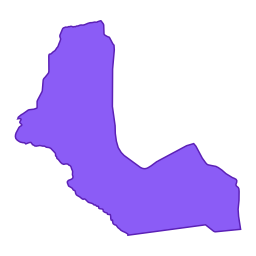 the border of Western Bahr el Ghazal
{"feature_id": "SDS-873", "entity_name": "Western Bahr el Ghazal", "entity_type": "State", "adm_level": 1, "iso_a3": "SSD", "parent_name": "South Sudan", "parent_adm1": "", "projection": "robinson", "projection_center": [25.577, 8.526], "detail": "fine", "context": "isolated", "style": "filled", "palette": "violet", "viewbox_px": 256, "rotation_deg": 0, "n_neighbors": 0, "source": "natural_earth", "source_scale": "10m", "svg_char_len": 3791}
<svg xmlns="http://www.w3.org/2000/svg" viewBox="0 0 256 256"><path d="M22.4,142.6L22.1,142.5L20.4,142.1L19.6,141.7L18.3,140.9L16.9,139.8L15.8,138.4L15.4,136.7L15.5,134.9L16.1,132.9L18.9,127.6L19.4,127.0L21.5,125.5L21.8,125.0L21.5,124.3L20.2,123.1L19.8,122.3L20.0,121.5L20.9,120.0L21.1,119.2L20.2,118.6L18.3,118.7L17.8,118.8L18.0,118.4L18.1,117.6L18.4,117.1L21.3,114.7L22.8,113.9L28.3,110.0L29.4,109.7L33.9,109.2L36.4,108.3L36.9,108.0L37.1,107.6L37.1,101.5L37.2,101.2L37.5,100.3L42.0,91.7L42.2,91.1L42.3,90.8L43.2,80.0L43.6,79.0L44.0,78.4L45.4,76.9L48.5,73.0L48.8,71.7L48.9,71.0L48.8,56.0L49.0,54.8L49.2,54.5L49.4,54.2L49.6,54.2L50.0,54.1L50.6,54.0L51.0,53.8L51.4,53.5L53.1,51.9L54.9,50.7L55.5,49.9L56.9,47.8L57.6,47.1L58.0,46.4L58.4,45.4L58.7,44.4L60.0,41.3L60.5,39.7L60.6,39.3L60.6,39.0L60.6,38.7L60.4,38.1L60.0,37.0L60.0,36.7L59.8,36.1L59.9,35.6L60.0,35.0L62.5,29.0L63.0,28.3L63.4,28.0L63.7,27.8L64.4,27.6L65.2,27.2L65.7,27.1L67.0,27.2L67.5,27.1L68.8,26.6L69.0,26.6L69.6,26.7L69.9,26.6L70.4,26.4L70.8,26.3L71.1,26.3L71.7,26.4L72.0,26.5L72.5,26.7L72.7,26.8L73.0,26.9L73.3,26.9L73.6,26.8L74.1,26.6L74.4,26.6L74.9,26.7L75.2,26.7L75.5,26.6L76.4,26.1L76.6,26.1L77.2,26.0L77.5,26.0L78.1,25.9L78.7,25.7L79.1,25.5L79.9,25.2L80.4,25.1L81.0,25.0L83.0,25.1L83.6,25.0L84.2,24.8L84.4,24.8L88.0,23.3L90.2,22.7L90.5,22.7L92.1,22.6L93.2,22.4L94.0,22.2L94.3,22.1L96.3,22.2L96.7,22.2L97.1,22.0L98.2,21.5L100.4,20.8L100.9,20.8L101.1,20.9L103.3,23.9L103.5,24.4L103.6,24.7L103.7,25.0L104.0,33.7L104.1,34.1L104.2,34.3L104.5,34.7L104.9,35.1L106.7,36.2L107.5,36.6L108.8,37.1L109.0,37.1L109.3,37.4L109.5,37.6L109.8,38.1L112.7,43.6L113.3,44.4L114.0,45.2L114.3,49.9L112.6,69.2L112.4,106.5L115.1,125.7L115.3,133.5L116.4,141.3L118.2,147.6L121.2,152.5L124.1,155.5L140.5,167.5L142.5,168.4L144.2,168.7L145.6,168.6L146.8,168.3L148.1,167.7L151.2,165.8L156.7,161.7L186.6,145.7L193.7,143.6L195.9,146.2L202.3,158.2L205.5,162.6L206.6,163.9L207.4,164.5L208.3,164.9L215.9,166.4L218.3,167.6L221.9,170.1L226.0,173.7L232.4,177.6L234.4,178.4L236.1,179.4L236.8,180.7L236.7,182.2L236.2,183.7L235.9,184.8L236.3,185.9L238.3,187.6L238.9,189.0L239.1,191.3L239.0,200.4L238.1,209.3L238.6,216.4L240.6,229.3L215.3,231.8L214.7,231.7L214.0,231.4L213.6,231.2L205.5,224.8L129.3,235.0L127.9,235.2L127.8,234.0L125.4,232.5L122.5,231.2L120.8,230.2L119.9,229.2L117.9,227.6L116.3,225.4L115.6,225.0L114.7,224.8L113.5,224.0L113.0,223.3L112.8,222.7L112.8,222.0L112.5,221.3L112.5,221.0L112.6,220.6L112.6,220.3L112.4,220.1L112.1,220.1L111.8,220.2L111.5,220.2L111.2,220.1L110.8,218.8L110.6,215.8L110.3,214.6L108.0,214.4L107.5,214.2L107.3,213.8L107.3,213.4L107.0,213.0L106.5,212.8L105.5,212.6L105.0,212.4L103.4,211.4L103.2,210.9L103.1,209.9L102.9,209.4L102.0,209.0L99.8,208.7L99.0,208.4L98.6,207.5L98.6,206.8L98.3,206.3L97.1,206.2L96.5,206.1L95.7,205.2L95.2,204.9L94.3,205.0L93.9,204.8L92.7,203.7L91.7,203.3L88.6,202.4L87.9,201.9L85.6,199.6L84.9,199.1L84.1,198.9L83.1,199.3L81.8,198.6L79.9,197.0L77.1,195.4L76.4,194.8L75.9,194.0L75.6,193.2L75.3,191.6L74.9,190.8L74.6,190.5L73.7,190.2L73.3,189.9L73.0,189.6L72.6,188.7L72.2,188.3L71.6,187.8L68.6,186.0L67.5,183.2L67.3,182.3L67.4,181.6L68.4,180.4L71.7,179.1L72.8,178.0L73.0,177.0L72.9,176.2L72.6,175.4L72.4,174.6L72.6,172.1L72.6,171.3L72.3,170.4L71.6,168.8L71.1,167.1L70.6,166.2L69.9,165.5L68.7,165.0L68.4,164.7L68.1,164.3L67.8,164.1L66.5,163.9L65.8,163.9L64.3,164.2L63.6,164.3L62.1,163.7L60.6,162.4L58.2,159.3L57.8,159.1L57.4,158.8L57.0,158.4L56.8,158.0L56.7,157.0L55.6,155.8L55.5,153.8L55.0,152.8L50.8,148.4L49.2,147.6L46.3,147.2L44.7,146.2L43.7,146.1L42.7,146.1L39.9,145.5L36.4,146.1L34.9,146.0L33.3,144.9L32.8,144.8L32.4,144.6L32.2,144.2L32.0,143.7L30.8,142.4L29.1,142.6L25.8,143.9L25.6,143.7L24.8,143.0L24.4,142.7L24.0,142.7L23.3,142.7L22.4,142.6Z" fill="#8b5cf6" stroke="#5b21b6" stroke-width="1.5"/></svg>